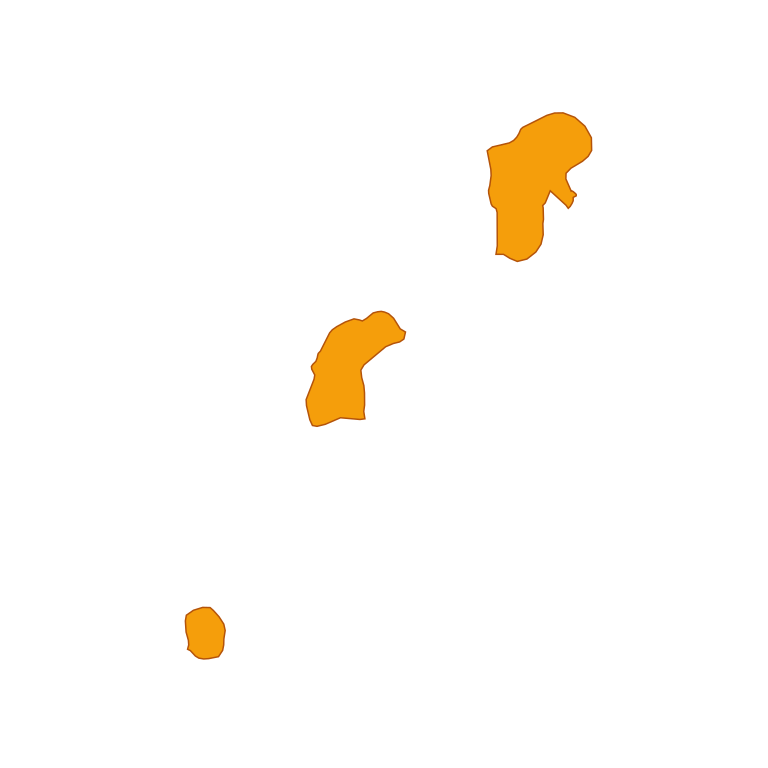 Tafea, Robinson projection, rotated 59°
{"feature_id": "VUT-562", "entity_name": "Tafea", "entity_type": "Province", "adm_level": 1, "iso_a3": "VUT", "parent_name": "Vanuatu", "parent_adm1": "", "projection": "robinson", "projection_center": [169.345, -19.436], "detail": "fine", "context": "isolated", "style": "filled", "palette": "amber", "viewbox_px": 768, "rotation_deg": 59, "n_neighbors": 0, "source": "natural_earth", "source_scale": "10m", "svg_char_len": 1688}
<svg xmlns="http://www.w3.org/2000/svg" viewBox="0 0 768 768"><g transform="rotate(59 384 384)"><path d="M350.5,197.1L347.6,206.6L341.2,211.3L334.4,214.8L330.5,221.2L324.0,215.8L295.3,198.7L291.4,197.6L287.4,199.5L284.8,199.4L274.6,196.1L271.8,194.6L268.4,191.1L260.5,184.8L255.1,181.9L237.2,175.4L236.6,169.0L241.9,152.4L242.0,147.4L240.8,143.1L238.8,139.3L236.1,135.6L235.5,132.9L237.6,106.0L239.6,98.2L243.9,90.8L253.7,83.1L266.5,79.0L279.7,79.4L290.7,85.7L294.0,91.7L295.3,99.1L295.3,112.6L297.1,119.4L301.9,122.5L315.0,124.2L314.9,123.7L316.4,122.8L318.7,122.0L320.4,121.6L321.7,122.3L321.5,125.7L324.4,127.5L326.1,129.9L327.7,133.0L328.3,135.6L324.5,135.9L304.0,142.0L311.8,152.5L312.8,156.1L314.9,156.8L325.0,162.5L328.3,165.2L338.1,170.7L345.0,177.4L349.1,185.9L350.5,197.1ZM381.6,405.3L392.1,411.5L397.1,415.5L404.0,418.3L402.0,422.9L390.5,438.7L388.3,455.1L385.8,463.2L382.7,466.7L376.5,466.0L362.7,461.6L357.3,458.8L343.9,441.5L340.6,438.7L334.1,438.3L331.6,437.2L330.5,434.9L329.5,430.7L327.2,427.8L325.0,425.8L323.9,424.6L323.1,421.6L312.2,404.3L310.9,400.4L310.5,394.9L310.9,385.3L312.7,376.2L316.3,372.2L318.8,370.1L318.8,365.3L317.5,356.7L318.8,352.3L320.3,349.0L322.6,346.5L326.1,343.9L332.6,341.9L345.1,341.7L350.5,338.8L355.7,343.8L356.0,348.9L354.1,355.1L352.9,363.3L357.3,391.3L360.2,396.7L367.0,399.8L375.0,402.1L381.6,405.3ZM513.5,647.1L520.1,652.6L525.1,655.8L529.2,659.5L532.5,666.3L529.1,675.7L526.8,680.2L523.6,683.9L520.0,685.8L512.8,687.3L510.2,689.0L507.1,685.8L503.0,683.7L494.7,681.4L484.8,676.3L480.4,672.5L479.8,663.9L482.1,654.5L486.1,648.2L490.2,646.9L498.5,645.3L507.3,645.0L513.5,647.1Z" fill="#f59e0b" stroke="#b45309" stroke-width="1.5"/></g></svg>